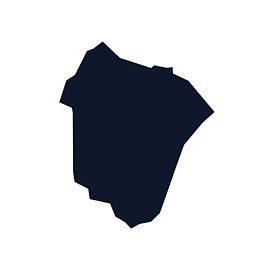 Mongmong-Toto-Maite, Guam (Robinson projection), rotated 47°
{"feature_id": "77769853B46824849398692", "entity_name": "Mongmong-Toto-Maite", "entity_type": "district", "adm_level": 2, "iso_a3": "GUM", "parent_name": "Guam", "parent_adm1": "", "projection": "robinson", "projection_center": [144.772, 13.471], "detail": "fine", "context": "isolated", "style": "filled", "palette": "ink", "viewbox_px": 256, "rotation_deg": 47, "n_neighbors": 0, "source": "geoboundaries", "source_scale": "gbopen_adm2", "svg_char_len": 554}
<svg xmlns="http://www.w3.org/2000/svg" viewBox="0 0 256 256"><g transform="rotate(47 128 128)"><path d="M174.5,54.5L134.8,52.4L118.7,58.8L114.0,54.9L111.4,58.8L104.2,64.0L100.7,66.5L100.7,70.6L71.6,86.8L48.1,88.3L47.0,99.9L46.5,100.7L44.5,105.5L53.8,130.5L51.9,140.5L62.7,159.8L75.1,154.4L79.9,157.6L123.4,197.7L131.1,203.0L145.4,197.7L153.9,203.6L170.8,191.8L184.3,196.8L194.9,193.6L203.1,193.6L205.3,184.9L211.5,174.7L211.2,162.9L196.4,134.4L190.4,123.2L177.8,98.6L174.3,70.6L174.5,54.5Z" fill="#0f172a" stroke="#020617" stroke-width="1.5"/></g></svg>